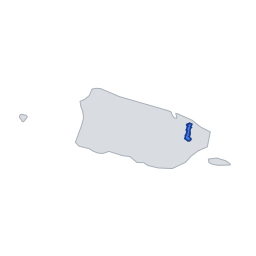 Canóvanas, Puerto Rico (highlighted), rotated 14°
{"feature_id": "32010507B23731839572395", "entity_name": "Canóvanas", "entity_type": "district", "adm_level": 2, "iso_a3": "PRI", "parent_name": "Puerto Rico", "parent_adm1": "", "projection": "equal_earth", "projection_center": [-65.891, 18.333], "detail": "fine", "context": "in_parent", "style": "filled", "palette": "blue", "viewbox_px": 256, "rotation_deg": 14, "n_neighbors": 0, "source": "geoboundaries", "source_scale": "gbopen_adm2", "svg_char_len": 3161}
<svg xmlns="http://www.w3.org/2000/svg" viewBox="0 0 256 256"><g transform="rotate(14 128 128)"><path d="M167.9,104.9L170.4,107.0L172.9,106.7L170.9,102.2L172.7,102.2L188.4,105.0L198.5,109.6L208.8,111.9L209.5,127.1L201.5,133.3L196.3,139.7L192.0,147.5L180.8,156.6L167.3,159.4L158.4,159.6L155.0,159.3L151.8,157.8L145.0,159.3L136.6,155.2L129.4,156.2L115.2,155.3L109.8,158.8L104.7,159.6L99.7,158.9L95.4,157.4L84.8,157.5L80.4,154.5L82.3,137.0L82.5,129.1L79.9,122.6L77.0,118.5L75.0,113.7L79.2,110.5L82.6,105.9L83.7,98.9L87.4,97.2L91.8,96.4L112.0,99.6L163.0,101.5L165.9,102.0L167.9,104.9ZM225.5,142.2L219.1,142.9L214.9,142.0L213.5,138.7L221.3,135.7L230.4,136.1L235.6,137.9L236.2,139.1L225.5,142.2ZM25.1,147.2L24.3,147.3L23.5,147.2L23.2,146.9L22.7,145.9L20.3,144.2L19.8,142.7L20.3,141.1L21.3,140.5L26.0,140.3L26.5,140.5L27.5,141.6L27.5,142.4L27.0,143.1L26.2,145.1L25.8,145.5L25.5,146.0L25.4,146.9L25.1,147.2Z" fill="#d9dde1" stroke="#a8b0b8" stroke-width="1"/><path d="M185.1,124.1L185.3,124.2L185.7,124.6L185.8,124.7L186.1,124.6L186.3,124.7L186.4,124.8L186.7,124.9L186.9,125.1L187.5,125.0L187.8,125.2L188.0,125.5L188.3,125.6L188.8,126.0L189.1,125.9L189.3,126.0L189.5,125.6L189.8,125.5L190.1,125.6L190.5,125.8L190.6,125.7L191.0,125.4L191.1,125.2L191.4,124.7L191.6,124.6L191.6,124.0L191.7,123.7L191.9,123.5L191.6,123.3L191.4,123.3L191.4,123.1L191.1,123.1L191.0,122.8L190.8,122.7L190.4,122.4L190.1,122.1L189.9,121.7L189.7,121.5L189.2,121.5L189.4,121.2L189.5,121.1L189.5,120.9L189.6,120.5L189.7,120.4L189.5,120.0L189.6,119.8L189.2,119.8L189.1,119.6L189.1,119.4L189.1,119.0L189.1,118.9L189.5,118.9L189.6,118.6L189.7,118.4L189.3,117.2L188.9,117.0L188.9,116.9L188.8,116.7L189.0,116.5L188.8,116.3L188.9,116.0L188.7,115.8L188.7,115.7L188.7,115.1L188.6,114.7L188.7,114.3L188.6,114.0L188.6,113.9L188.8,113.6L188.8,113.4L188.9,113.2L188.8,112.9L188.9,112.6L189.2,112.4L189.3,112.2L188.9,112.2L188.6,112.2L188.6,111.7L188.6,111.4L188.6,111.2L188.8,110.8L188.8,110.6L188.9,110.2L188.9,109.7L189.0,109.7L189.0,109.3L189.1,109.2L189.1,108.8L188.8,108.8L188.3,108.6L187.6,108.5L187.4,108.5L187.2,108.5L186.7,108.3L185.9,109.7L185.5,109.2L185.1,109.5L185.1,109.8L184.8,109.6L184.7,109.6L184.5,110.0L184.2,110.3L184.1,110.5L184.3,110.8L184.2,111.1L184.3,111.3L184.7,111.4L184.8,111.3L185.1,111.5L185.4,111.7L185.3,111.8L185.3,112.0L185.6,112.1L185.3,112.3L185.3,112.7L185.2,112.7L185.1,112.9L185.2,113.1L185.2,113.4L185.2,113.9L185.1,114.0L185.3,114.2L185.2,114.4L185.3,114.9L185.3,115.1L185.2,115.3L185.3,115.3L185.4,115.5L185.1,115.7L185.0,115.8L185.3,115.9L185.4,116.1L185.5,115.9L185.6,116.1L185.8,115.8L186.0,116.0L185.9,116.3L186.1,116.6L186.1,116.8L186.1,117.2L186.2,117.3L185.9,117.7L185.9,117.9L185.9,118.3L186.0,118.3L186.4,118.5L186.3,118.9L186.3,119.0L186.5,119.0L186.3,119.1L186.2,119.1L186.3,119.5L186.2,119.8L185.9,119.9L185.8,120.0L185.8,120.3L185.9,120.6L185.9,120.9L186.1,121.0L185.9,121.3L185.6,121.5L185.5,121.3L185.4,121.3L185.4,121.5L185.6,122.2L185.7,122.4L185.8,122.4L185.9,122.7L185.8,122.9L185.9,123.1L185.9,123.4L185.9,123.6L186.0,123.7L186.1,123.9L185.9,124.0L185.6,123.9L185.2,124.1L185.1,124.1Z" fill="#3b82f6" stroke="#1e3a8a" stroke-width="1.5"/></g></svg>